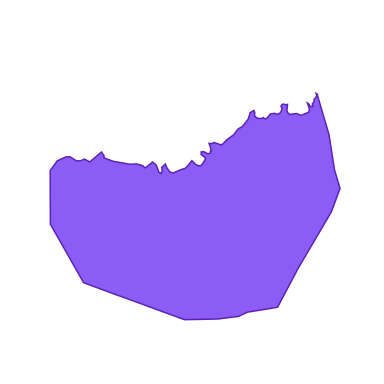 San Bartolomé Loxicha, Oaxaca, Mexico (orthographic projection), rotated 14°
{"feature_id": "50627088B20953920134317", "entity_name": "San Bartolomé Loxicha", "entity_type": "district", "adm_level": 2, "iso_a3": "MEX", "parent_name": "Mexico", "parent_adm1": "Oaxaca", "projection": "orthographic", "projection_center": [-96.753, 15.957], "detail": "fine", "context": "isolated", "style": "filled", "palette": "violet", "viewbox_px": 384, "rotation_deg": 14, "n_neighbors": 0, "source": "geoboundaries", "source_scale": "gbopen_adm2", "svg_char_len": 1632}
<svg xmlns="http://www.w3.org/2000/svg" viewBox="0 0 384 384"><g transform="rotate(14 192 192)"><path d="M302.9,283.1L313.4,240.6L332.0,177.6L334.8,152.8L334.7,152.6L324.9,136.0L311.1,103.3L289.6,66.5L288.6,66.3L289.6,67.7L289.5,70.0L288.8,71.3L288.0,72.6L288.6,75.2L287.4,77.4L288.6,79.8L286.9,80.5L285.2,79.6L284.0,78.3L282.5,77.7L286.0,83.4L285.7,86.6L280.0,90.8L278.6,91.3L274.7,90.5L271.1,91.7L270.3,92.5L267.5,93.0L265.8,91.9L264.4,90.1L263.5,83.9L262.1,84.6L259.3,84.6L258.2,85.4L257.5,87.3L258.8,88.4L259.1,91.9L258.6,93.7L256.2,96.1L252.9,95.7L249.1,97.4L247.2,101.6L245.9,103.1L244.7,103.4L243.2,102.5L241.3,104.1L237.5,104.6L234.3,103.1L233.6,99.6L232.3,97.9L229.3,100.9L228.9,107.7L224.9,116.7L223.9,117.4L221.6,119.5L218.7,126.3L213.2,132.8L209.5,139.3L201.2,138.6L200.1,140.1L196.8,140.7L199.1,144.2L200.5,147.2L200.0,147.5L199.9,148.0L200.6,148.5L199.8,150.3L198.2,151.1L193.6,150.0L191.2,150.9L191.8,153.4L196.3,155.3L197.0,157.3L195.7,161.1L194.7,163.9L191.7,165.1L188.4,164.1L184.3,161.6L181.3,168.2L179.6,170.7L175.5,173.2L169.1,178.2L165.4,177.7L161.7,174.5L159.4,171.3L156.6,175.6L158.0,178.3L157.6,181.4L155.2,181.0L150.8,174.5L146.5,172.5L140.9,179.9L137.5,178.4L131.6,178.1L125.0,180.1L108.0,181.3L98.2,180.1L98.0,178.2L94.5,175.1L85.6,187.5L79.7,186.1L76.1,188.8L72.3,189.7L65.0,187.3L60.9,188.6L53.7,194.4L49.3,205.4L49.2,205.5L62.4,257.6L75.8,271.6L108.7,306.2L129.2,308.5L143.7,310.1L151.4,310.8L179.1,313.8L195.9,315.6L213.6,317.5L215.6,317.7L232.3,313.2L248.0,308.9L260.1,304.2L267.1,301.5L275.0,295.1L286.1,290.4L295.4,286.4L302.9,283.1Z" fill="#8b5cf6" stroke="#5b21b6" stroke-width="1.5"/></g></svg>